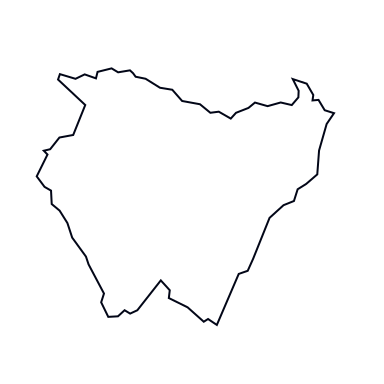 the district of Newberry, South Carolina, United States of America, rotated 172°
{"feature_id": "52423323B77423065564035", "entity_name": "Newberry", "entity_type": "district", "adm_level": 2, "iso_a3": "USA", "parent_name": "United States of America", "parent_adm1": "South Carolina", "projection": "mercator", "projection_center": [-81.608, 34.303], "detail": "fine", "context": "isolated", "style": "outline", "palette": "ink", "viewbox_px": 384, "rotation_deg": 172, "n_neighbors": 0, "source": "geoboundaries", "source_scale": "gbopen_adm2", "svg_char_len": 1037}
<svg xmlns="http://www.w3.org/2000/svg" viewBox="0 0 384 384"><g transform="rotate(172 192 192)"><path d="M268.8,324.1L271.3,317.9L281.9,323.4L291.6,320.3L306.4,327.1L309.0,322.0L285.6,293.0L301.7,265.0L315.7,264.4L326.5,254.1L333.0,253.5L329.9,249.2L343.6,229.1L337.3,217.6L331.4,213.0L332.6,199.6L325.7,192.0L319.7,178.6L317.0,163.5L306.0,142.8L304.5,134.7L293.3,103.7L297.3,95.4L292.3,80.0L282.6,79.2L275.2,84.3L270.2,80.2L262.6,82.5L235.2,108.8L227.7,97.8L229.7,90.2L212.4,78.4L198.4,61.9L193.8,64.0L185.9,56.9L157.1,104.4L147.8,106.2L140.8,117.3L118.8,155.6L103.2,166.2L92.3,168.9L87.0,180.0L77.8,184.1L65.5,192.0L60.4,215.4L49.2,240.6L40.4,250.3L49.2,254.5L53.9,265.6L59.9,265.9L58.4,271.2L63.3,283.3L76.5,289.8L72.3,277.4L73.5,270.9L81.1,264.2L91.7,268.3L105.2,266.5L117.2,271.8L124.4,267.4L137.4,264.3L143.4,259.3L154.3,267.8L162.8,267.9L171.9,277.8L189.1,283.5L197.3,296.0L209.2,299.7L222.2,310.6L231.8,314.0L233.8,317.8L236.5,321.1L248.5,320.8L254.4,325.6L268.8,324.1Z" fill="none" stroke="#020617" stroke-width="2"/></g></svg>